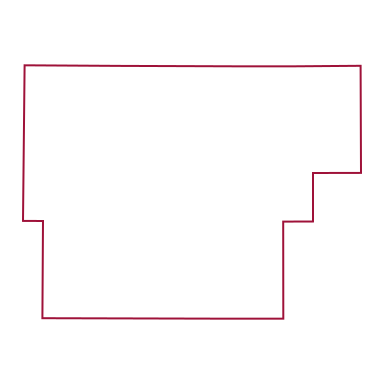 Burke, North Dakota, United States of America
{"feature_id": "52423323B74352330437058", "entity_name": "Burke", "entity_type": "district", "adm_level": 2, "iso_a3": "USA", "parent_name": "United States of America", "parent_adm1": "North Dakota", "projection": "albers", "projection_center": [-102.401, 48.773], "detail": "fine", "context": "isolated", "style": "outline", "palette": "rose", "viewbox_px": 384, "rotation_deg": 0, "n_neighbors": 0, "source": "geoboundaries", "source_scale": "gbopen_adm2", "svg_char_len": 330}
<svg xmlns="http://www.w3.org/2000/svg" viewBox="0 0 384 384"><path d="M360.6,65.8L360.2,65.8L296.3,66.3L288.5,66.3L231.9,66.3L120.2,65.9L24.6,65.3L23.0,220.9L43.0,221.0L42.7,269.7L42.4,318.2L235.4,318.7L283.3,318.7L283.2,221.6L313.0,221.5L313.0,173.0L361.0,172.9L360.6,65.8Z" fill="none" stroke="#9f1239" stroke-width="2"/></svg>